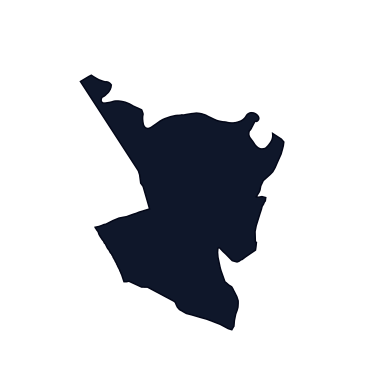 Kafr Sad, Dumyat, Egypt, rotated 251°
{"feature_id": "37247803B5447548481781", "entity_name": "Kafr Sad", "entity_type": "district", "adm_level": 2, "iso_a3": "EGY", "parent_name": "Egypt", "parent_adm1": "Dumyat", "projection": "orthographic", "projection_center": [31.687, 31.359], "detail": "fine", "context": "isolated", "style": "filled", "palette": "ink", "viewbox_px": 384, "rotation_deg": 251, "n_neighbors": 0, "source": "geoboundaries", "source_scale": "gbopen_adm2", "svg_char_len": 6065}
<svg xmlns="http://www.w3.org/2000/svg" viewBox="0 0 384 384"><g transform="rotate(251 192 192)"><path d="M65.7,196.3L68.1,197.9L69.0,198.3L70.0,198.7L71.7,199.4L74.1,200.2L78.3,200.3L83.5,199.6L85.3,199.3L87.2,199.1L89.5,198.6L92.0,196.5L95.2,194.7L96.4,193.9L108.0,193.8L110.1,193.9L112.3,194.1L121.8,195.3L126.5,196.5L130.3,198.1L130.7,199.4L129.9,200.1L125.6,202.0L122.5,203.7L114.0,207.7L112.2,210.3L111.2,211.8L111.2,213.8L111.9,216.1L111.9,217.5L113.2,221.4L114.4,225.7L116.4,233.1L119.3,234.6L123.4,236.5L124.3,235.7L134.0,238.7L139.2,241.7L149.3,249.1L153.1,252.0L155.6,253.6L157.2,255.6L158.9,257.1L159.7,258.4L162.7,259.9L164.9,256.6L165.4,253.1L166.6,251.2L170.1,255.5L171.7,256.9L175.4,259.0L179.6,263.1L183.2,271.7L184.9,275.0L188.0,278.5L192.6,282.7L198.9,288.6L203.1,291.5L206.0,293.4L209.4,295.1L212.9,293.7L221.1,287.3L220.0,287.0L219.0,286.7L218.0,286.3L217.2,285.9L216.6,285.5L215.7,284.9L215.2,284.5L214.5,283.8L213.8,283.1L213.4,282.5L213.0,282.0L212.6,281.5L212.2,280.8L211.7,280.2L211.3,279.4L210.8,278.7L210.3,277.6L210.1,277.2L209.7,276.4L209.4,275.5L209.6,273.8L209.9,272.2L210.0,272.0L210.2,271.5L210.5,270.9L210.9,270.3L211.2,269.9L211.6,269.6L211.9,269.2L212.3,268.9L212.9,268.5L214.1,267.8L214.7,267.5L215.3,267.3L215.9,267.0L216.5,266.8L217.4,266.6L218.2,266.4L220.1,265.9L221.6,265.4L223.2,264.9L224.0,264.6L224.5,264.5L224.9,264.4L225.4,264.3L226.1,264.3L226.6,264.3L227.1,264.3L227.8,264.4L228.3,264.5L228.7,264.7L229.2,264.9L229.6,265.1L230.0,265.3L230.4,265.6L230.8,265.8L231.2,266.1L231.4,266.7L231.8,267.4L232.3,268.1L232.8,268.7L233.4,269.3L233.8,269.7L234.0,269.9L234.9,270.9L236.2,272.2L237.0,273.1L238.0,274.1L238.2,274.7L238.1,275.3L237.7,276.1L237.9,277.1L238.5,278.1L238.7,278.4L239.0,278.6L239.2,278.8L239.5,279.0L240.0,279.2L240.4,279.3L240.9,279.3L241.4,279.3L241.7,279.3L241.9,279.3L242.6,279.0L243.3,278.8L243.8,278.5L244.2,278.3L244.8,277.9L245.4,277.4L245.8,277.0L246.1,276.7L246.6,276.1L247.0,275.4L247.3,274.7L247.5,274.3L247.7,273.8L247.8,273.2L247.9,272.8L247.9,272.5L247.9,272.1L247.9,271.9L247.8,271.4L247.7,270.9L247.6,270.4L247.5,269.9L247.4,269.7L247.2,269.3L247.0,269.0L246.6,268.4L245.9,267.6L245.3,266.8L244.8,266.0L244.4,265.2L244.3,264.9L244.0,264.3L243.9,264.0L243.7,263.4L243.5,262.8L243.5,262.5L243.4,262.1L243.3,261.5L243.2,261.1L243.2,260.6L243.2,260.3L243.2,259.6L243.2,259.0L243.2,258.4L243.2,257.7L243.3,256.9L243.3,256.5L243.4,255.7L243.6,255.0L243.7,254.2L243.8,253.8L243.9,253.4L244.1,252.7L244.4,251.9L244.7,251.2L245.1,250.2L245.5,249.4L245.9,248.7L246.3,248.0L246.7,247.4L247.1,246.8L247.7,245.5L248.1,244.5L248.5,243.7L249.0,242.8L249.5,241.9L250.0,241.1L250.8,239.8L251.4,239.0L252.0,238.2L252.7,237.5L253.7,236.4L254.4,235.7L255.3,234.8L256.4,233.7L257.7,232.3L259.1,231.0L260.2,230.0L260.5,229.6L261.1,228.9L261.6,228.1L262.5,227.0L263.0,226.2L263.4,225.5L263.7,225.0L264.1,224.2L264.7,222.9L265.2,221.8L265.5,220.3L265.9,218.5L266.3,216.8L266.4,215.9L266.6,215.0L266.9,213.3L267.2,211.5L267.4,209.8L267.5,209.2L267.7,208.7L267.9,208.1L268.2,207.6L268.3,206.9L268.4,206.0L268.6,205.2L268.7,204.8L268.8,204.3L269.1,203.5L269.4,202.4L269.7,201.0L269.8,199.7L269.9,199.1L270.0,197.9L270.1,197.2L270.2,196.0L270.2,194.7L270.2,194.1L270.2,192.8L270.2,191.1L270.2,190.2L270.1,189.3L270.1,188.4L269.9,187.6L269.9,187.1L269.8,186.7L269.6,185.8L269.5,185.0L269.2,184.1L268.6,182.1L267.8,179.4L267.1,176.8L266.8,175.8L266.6,175.1L266.5,174.8L266.4,174.1L266.3,173.7L266.3,173.0L266.2,172.5L266.2,172.0L266.3,171.6L266.4,171.3L266.4,171.1L266.5,170.7L266.8,170.2L267.1,169.8L267.3,169.5L267.6,169.2L268.0,168.8L268.4,168.6L268.9,168.5L269.5,168.2L270.2,168.1L271.0,168.0L271.4,168.0L271.9,168.0L273.1,168.2L274.4,168.4L275.6,168.7L276.9,169.0L278.1,169.4L279.4,169.9L280.5,170.5L281.6,171.1L282.9,171.2L283.8,171.2L285.0,171.2L286.1,171.1L292.5,164.3L293.5,163.5L294.6,162.5L295.6,161.6L296.6,160.5L297.2,159.8L297.8,159.1L298.7,158.0L299.2,157.2L299.9,156.1L300.6,154.9L301.0,154.1L301.4,153.3L301.8,152.5L302.0,152.1L302.1,151.6L302.5,150.8L302.7,149.9L303.0,149.1L303.2,148.1L303.3,146.8L303.3,145.7L303.4,144.6L303.5,143.5L303.7,142.4L303.8,141.8L303.9,141.3L304.1,140.2L304.2,139.6L304.4,138.6L304.8,137.4L304.9,137.1L305.2,136.9L305.5,136.5L306.0,136.2L306.4,136.0L306.9,135.8L307.3,135.7L307.7,135.8L308.1,135.9L308.7,136.1L309.1,136.3L309.5,136.5L309.8,136.7L310.1,137.0L310.5,137.3L310.7,137.6L310.9,137.8L311.0,138.1L311.0,138.8L311.1,139.1L311.2,139.7L311.3,140.3L311.5,140.9L311.6,141.2L311.8,141.7L312.1,142.3L312.5,143.0L312.8,143.9L313.1,144.5L313.3,145.0L313.5,145.3L314.0,146.1L314.6,146.8L315.2,147.5L315.8,148.2L316.6,148.8L317.3,149.4L318.1,149.8L318.7,150.1L319.4,150.5L319.5,150.4L320.0,150.4L320.4,150.2L320.8,150.1L321.2,149.9L321.6,149.7L321.9,149.5L322.4,149.1L322.8,148.8L323.1,148.5L323.3,148.2L323.6,147.8L323.8,147.5L324.0,147.1L324.1,146.7L324.3,146.3L324.4,145.7L324.6,145.5L325.7,143.9L326.5,142.9L327.8,141.3L328.6,140.3L329.0,140.0L329.1,139.9L330.3,138.8L331.6,137.7L333.5,136.1L335.2,134.8L334.8,132.0L332.8,122.5L296.3,131.6L229.5,148.2L225.3,148.1L217.1,146.4L213.2,147.6L189.8,146.4L190.2,135.4L190.0,132.2L190.1,129.4L190.0,121.9L190.5,118.7L191.1,114.5L190.7,108.0L189.6,100.0L189.9,98.2L189.7,95.5L189.7,92.7L190.2,88.9L189.7,88.9L188.4,89.4L187.7,89.4L186.2,89.9L185.2,90.3L181.9,90.3L181.2,90.5L179.9,90.7L178.1,91.2L176.1,91.7L174.4,92.4L173.9,92.4L172.1,92.6L171.6,93.1L170.1,93.3L168.9,93.5L168.4,93.5L165.9,93.9L165.3,94.2L163.8,94.7L162.1,94.9L161.1,95.1L159.6,95.8L158.8,95.8L156.8,96.3L155.6,96.2L155.1,96.5L154.6,96.5L153.3,96.7L152.8,96.9L151.8,96.9L150.6,97.1L149.6,97.4L148.6,97.3L147.3,97.6L146.3,97.6L145.3,97.8L144.5,97.8L143.8,98.0L142.3,98.2L140.8,98.2L139.5,98.4L138.0,98.4L136.8,98.6L130.8,98.5L129.3,98.5L128.5,100.8L128.2,103.3L118.6,113.3L117.3,116.8L116.5,119.0L94.7,139.3L93.1,140.3L92.7,140.3L90.6,140.4L87.9,140.7L84.9,141.9L79.0,147.1L75.9,151.8L70.7,159.1L67.0,164.5L57.7,175.6L51.0,181.8L48.8,184.8L51.1,187.4L51.4,187.9L56.8,190.3L62.4,193.6L65.7,196.3Z" fill="#0f172a" stroke="#020617" stroke-width="1.5"/></g></svg>